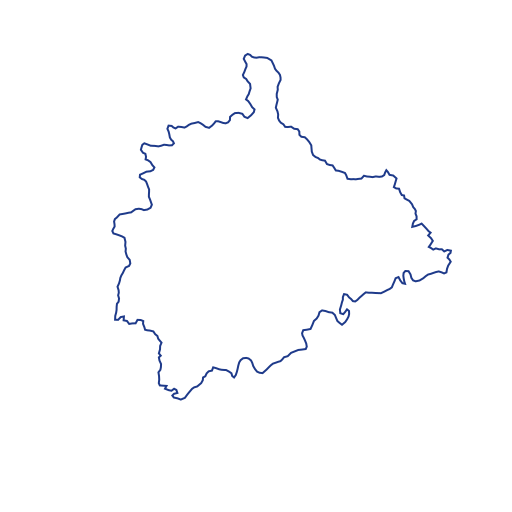 the district of Dores do Indaiá, Minas Gerais, Brazil, rotated 39°
{"feature_id": "56859067B54382916389320", "entity_name": "Dores do Indaiá", "entity_type": "district", "adm_level": 2, "iso_a3": "BRA", "parent_name": "Brazil", "parent_adm1": "Minas Gerais", "projection": "mercator", "projection_center": [-45.547, -19.504], "detail": "fine", "context": "isolated", "style": "outline", "palette": "blue", "viewbox_px": 512, "rotation_deg": 39, "n_neighbors": 0, "source": "geoboundaries", "source_scale": "gbopen_adm2", "svg_char_len": 5815}
<svg xmlns="http://www.w3.org/2000/svg" viewBox="0 0 512 512"><g transform="rotate(39 256 256)"><path d="M366.1,255.3L366.9,251.2L366.6,247.7L366.0,244.8L364.9,242.5L362.9,240.2L360.3,240.2L360.5,243.5L360.4,246.3L357.5,247.4L354.9,244.8L353.3,240.8L351.9,237.8L351.0,235.3L349.4,233.3L348.4,230.2L351.2,228.8L354.4,229.6L357.1,229.6L359.7,230.1L361.7,228.9L362.4,226.4L362.7,223.1L363.2,220.4L363.6,217.9L364.2,215.2L367.0,213.4L369.5,211.4L371.8,209.8L374.1,208.1L376.5,206.3L378.1,203.0L379.5,199.7L380.6,197.6L381.3,194.9L380.4,191.9L379.5,188.5L378.5,185.4L380.0,182.7L383.5,184.2L386.9,185.0L389.3,183.8L387.2,182.4L384.9,180.5L382.9,178.6L381.4,176.3L381.5,173.7L384.1,171.8L387.7,173.1L390.5,175.2L393.4,176.1L396.0,175.2L398.5,172.1L400.0,168.0L400.6,164.8L401.4,162.1L403.1,159.8L404.5,157.5L405.9,155.3L407.7,153.0L410.5,151.9L413.1,151.2L414.3,148.9L412.5,145.7L411.4,142.5L410.9,137.9L408.4,137.0L405.9,136.8L404.7,133.8L405.2,131.2L404.1,129.2L400.9,130.9L399.4,134.0L396.2,133.8L394.2,135.5L391.0,136.9L389.7,139.5L386.9,139.7L384.6,140.2L384.4,137.3L383.9,133.0L380.9,132.0L376.9,131.7L377.0,128.0L374.5,128.1L371.2,127.5L367.6,127.0L364.3,126.6L363.3,128.8L361.4,132.0L359.1,135.0L357.5,132.0L356.8,129.2L357.7,126.4L355.8,124.1L353.3,122.7L351.9,120.4L349.8,119.5L347.5,119.1L344.7,117.6L340.5,116.7L337.5,117.3L335.1,117.7L333.0,115.8L330.9,116.9L327.9,115.7L324.8,113.7L322.4,115.3L319.8,115.7L318.8,113.0L317.6,110.2L316.4,107.3L312.0,107.1L308.7,108.9L305.6,107.7L303.3,107.3L303.8,109.9L304.7,112.4L303.9,114.9L302.0,116.9L299.0,118.8L297.0,121.3L294.5,122.8L292.2,124.4L289.4,125.7L289.2,129.5L286.8,131.9L285.3,133.6L283.4,134.9L281.5,136.6L278.5,138.4L275.2,136.4L272.9,135.5L269.9,136.5L266.6,137.8L264.2,139.3L261.4,138.3L258.5,137.4L256.0,138.9L253.3,139.9L249.6,138.5L247.2,139.9L245.0,140.8L242.6,140.8L240.0,141.6L236.8,141.6L233.7,139.8L231.3,137.3L229.3,135.2L225.6,133.9L222.1,133.2L219.2,133.0L216.2,134.8L213.5,134.5L211.3,132.0L208.6,131.2L205.6,133.1L201.9,133.4L199.4,135.9L197.4,137.3L194.4,136.4L191.4,136.8L188.7,136.2L186.1,134.8L184.2,132.1L181.7,130.1L178.1,128.3L176.6,125.3L175.6,123.1L174.5,120.8L172.1,119.4L170.1,117.0L168.3,113.1L166.3,110.9L165.1,107.3L164.3,103.7L162.8,101.9L160.7,100.2L158.2,99.4L155.1,99.1L152.9,98.5L150.2,96.8L147.7,95.6L144.9,94.3L140.1,95.0L137.3,96.7L135.2,98.1L133.4,99.5L131.6,101.6L129.6,102.9L127.4,103.7L124.9,103.4L122.4,104.2L121.4,107.1L122.4,110.5L125.6,111.9L127.9,112.8L129.4,114.7L130.0,117.0L131.1,120.3L131.9,123.6L134.1,124.9L137.0,124.6L139.5,125.5L143.1,126.0L146.3,129.1L147.5,132.4L148.5,134.8L148.8,137.3L149.7,140.6L152.5,140.5L156.0,141.5L159.4,142.8L162.6,143.0L163.8,145.6L163.6,149.7L162.7,154.1L159.4,155.1L155.9,154.1L152.4,155.7L149.7,158.2L148.8,161.1L148.3,164.2L150.2,166.8L150.2,169.7L148.9,172.0L146.7,173.3L144.4,174.1L141.8,175.1L139.9,176.7L140.0,179.1L139.8,182.2L138.9,185.9L135.5,187.4L132.1,187.4L129.3,187.7L126.8,188.3L124.6,191.3L122.5,193.8L121.3,196.3L120.6,199.0L119.6,201.2L116.8,202.7L114.1,204.5L113.2,207.5L110.9,208.1L108.6,208.0L106.0,209.7L107.1,212.9L109.8,214.3L111.8,215.8L114.5,218.1L116.9,219.0L119.3,219.1L121.3,220.1L121.0,222.9L118.8,224.8L116.8,225.9L114.5,227.4L112.9,230.0L111.2,232.2L108.1,234.1L104.7,236.6L101.5,237.6L98.3,238.7L97.7,241.1L98.5,243.2L99.7,245.9L103.2,246.9L105.7,246.2L108.1,248.1L109.4,250.4L111.8,249.6L114.9,249.4L118.2,250.6L121.3,251.1L121.9,253.8L120.6,256.6L117.8,259.4L116.1,263.1L114.7,265.8L116.1,268.0L118.8,268.0L121.2,267.1L123.7,267.3L126.2,268.7L128.6,270.2L131.0,271.5L132.5,273.4L134.0,275.5L135.5,277.4L138.1,278.8L140.7,280.4L142.8,281.7L143.7,284.9L142.3,288.3L140.0,290.9L137.6,291.6L135.2,293.0L132.9,295.5L132.1,298.4L131.5,300.7L129.8,302.5L128.0,304.8L126.3,306.8L123.9,309.5L123.6,313.8L123.1,316.1L124.0,318.5L126.1,320.4L127.6,322.1L128.0,324.8L128.6,327.0L131.0,328.2L133.4,327.2L136.4,326.1L139.5,325.1L142.3,324.6L145.7,327.2L147.8,330.3L150.2,332.2L151.8,334.6L154.4,336.5L156.8,337.9L160.3,338.5L163.0,340.9L163.6,343.6L161.9,347.0L162.5,350.2L163.2,353.0L163.6,355.9L164.4,358.5L165.6,360.6L166.8,363.5L167.7,367.0L170.8,369.1L172.5,370.9L173.6,373.3L176.3,375.2L178.0,378.0L178.0,380.6L179.6,383.1L181.6,385.7L183.0,388.1L184.3,391.1L186.6,394.2L189.0,392.4L189.3,388.6L191.4,386.1L193.6,389.3L196.6,387.7L200.2,388.6L202.3,386.2L204.8,384.1L204.1,380.2L206.7,378.3L209.3,377.5L210.9,379.8L214.1,381.6L216.2,383.1L218.2,382.2L220.5,380.7L223.7,379.2L226.8,380.2L229.7,380.2L232.0,381.8L234.3,382.3L237.1,382.8L238.1,386.2L240.2,389.0L241.8,392.8L244.7,393.4L244.3,395.9L246.8,398.0L250.2,399.7L252.1,402.3L253.3,404.6L253.4,407.8L256.1,410.2L258.6,413.0L260.5,416.0L262.7,417.1L264.9,415.6L268.2,413.3L268.8,416.4L272.6,415.2L275.1,413.9L275.9,410.7L278.4,410.2L281.1,411.9L279.0,414.7L278.8,417.1L281.2,417.7L284.6,416.0L287.9,414.9L290.0,411.0L289.8,407.0L289.8,404.4L289.9,399.5L290.6,397.0L292.4,394.4L293.4,389.3L292.8,386.0L291.3,383.7L292.3,381.4L291.5,378.3L291.8,375.4L293.9,372.8L292.8,369.5L295.5,368.3L298.7,367.2L300.8,366.1L302.7,364.8L304.6,363.4L307.9,362.8L310.7,362.6L313.0,364.2L315.4,364.2L315.2,361.2L314.0,358.0L312.8,355.4L311.2,352.3L309.9,349.2L309.6,346.6L310.3,343.6L312.6,341.3L314.8,340.3L317.9,340.3L320.3,341.4L323.2,343.3L326.4,344.5L329.6,345.2L332.2,344.5L334.8,342.9L335.7,337.5L336.0,334.1L336.3,331.6L336.9,329.0L338.6,326.3L339.8,324.3L341.2,322.3L341.5,319.9L341.5,317.0L343.7,313.9L344.2,309.2L346.1,305.8L348.0,302.4L350.5,299.9L353.2,297.0L352.5,294.5L350.1,292.4L347.2,290.8L344.6,289.5L342.2,288.5L340.4,287.0L339.4,283.9L341.8,281.4L344.3,278.4L343.2,274.1L341.9,270.0L342.5,266.4L342.1,263.0L340.7,259.7L341.6,256.7L344.7,255.0L347.8,253.9L351.0,252.0L354.4,252.2L357.7,254.0L360.2,255.3L363.0,255.4L366.1,255.3Z" fill="none" stroke="#1e3a8a" stroke-width="2"/></g></svg>